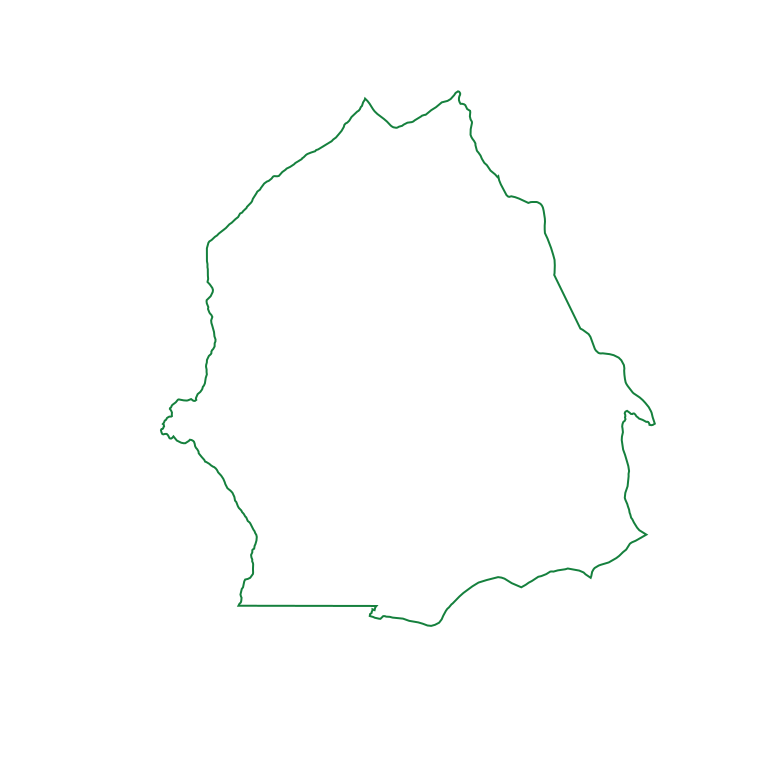 Porto de Moz, Pará, Brazil, rotated 334°
{"feature_id": "56859067B79673758478118", "entity_name": "Porto de Moz", "entity_type": "district", "adm_level": 2, "iso_a3": "BRA", "parent_name": "Brazil", "parent_adm1": "Pará", "projection": "equal_earth", "projection_center": [-52.537, -2.166], "detail": "fine", "context": "isolated", "style": "outline", "palette": "green", "viewbox_px": 768, "rotation_deg": 334, "n_neighbors": 0, "source": "geoboundaries", "source_scale": "gbopen_adm2", "svg_char_len": 6166}
<svg xmlns="http://www.w3.org/2000/svg" viewBox="0 0 768 768"><g transform="rotate(334 384 384)"><path d="M270.1,214.9L271.1,218.1L271.8,222.4L271.5,224.5L270.4,226.2L266.7,229.1L261.4,230.9L260.8,231.8L260.1,233.8L259.8,237.9L258.7,239.4L258.4,243.1L258.5,244.3L259.1,246.2L259.1,248.5L256.5,251.1L255.6,253.6L255.3,255.8L254.0,262.8L252.5,266.8L252.1,270.1L251.1,271.9L249.7,273.1L248.2,276.0L245.8,277.7L244.2,278.3L243.0,279.3L242.4,280.6L241.4,281.3L238.9,282.0L235.4,284.8L234.2,287.0L232.5,288.9L231.6,290.5L230.9,293.2L229.8,295.4L229.0,297.7L226.5,300.3L223.3,304.9L221.4,306.5L220.0,307.1L218.5,308.8L217.8,309.3L215.4,310.6L212.1,311.4L208.7,314.3L208.3,316.0L206.6,316.3L205.3,315.5L204.0,313.0L200.4,312.7L199.4,312.4L196.8,310.9L192.8,307.9L191.8,307.8L188.8,309.2L184.7,310.0L183.8,310.4L182.2,311.8L181.3,311.8L180.6,312.5L181.0,314.5L180.9,316.7L180.0,318.2L179.3,319.9L178.4,320.0L176.7,319.2L174.8,319.3L173.9,319.5L172.5,320.6L170.9,320.8L169.1,322.4L167.7,323.0L168.2,324.0L167.7,325.8L166.7,326.2L166.0,327.1L165.1,327.3L164.3,327.0L163.3,327.7L162.8,329.9L162.8,331.7L163.5,332.5L165.4,332.9L166.8,333.6L167.4,335.4L167.5,338.8L168.6,339.7L170.1,339.6L171.8,338.8L173.0,344.0L176.0,347.9L178.1,349.5L179.5,350.1L183.7,349.6L185.1,349.0L186.5,350.0L187.6,351.6L187.9,352.7L187.6,354.9L187.0,357.0L187.0,358.8L187.5,360.7L187.7,363.3L187.1,365.1L188.2,369.9L189.2,373.4L189.2,375.4L190.0,376.1L192.0,379.2L192.9,381.4L194.2,383.5L194.9,384.2L195.8,386.2L196.2,388.3L196.2,390.7L197.5,395.0L198.0,398.8L197.8,402.5L197.5,404.5L197.6,409.1L199.3,412.7L200.1,415.3L200.0,419.9L199.0,423.5L199.5,425.4L199.1,429.7L199.2,431.7L200.3,435.1L200.3,436.9L201.0,439.2L201.2,442.4L201.7,443.4L201.5,447.4L202.5,449.5L202.7,450.7L202.8,457.7L203.1,459.6L202.9,461.6L203.1,463.6L202.6,465.7L200.8,468.7L198.2,471.6L196.8,472.7L195.1,475.1L194.1,475.1L192.8,475.6L191.8,477.6L189.6,479.4L188.8,481.8L188.7,483.9L187.8,485.6L187.7,487.6L187.3,488.8L185.1,492.9L183.7,496.1L182.9,497.3L178.8,499.5L176.2,499.5L173.5,498.9L171.9,500.1L168.2,504.9L166.3,505.9L162.7,510.3L162.3,512.3L162.3,513.6L160.6,516.4L159.5,517.6L157.7,518.2L156.0,519.5L279.9,580.2L278.2,581.0L276.4,583.1L274.9,581.4L274.4,582.5L273.4,583.1L272.4,584.4L270.6,584.7L269.5,586.3L272.1,588.6L273.2,590.0L276.7,592.8L277.9,593.5L281.5,592.3L283.0,593.0L283.9,594.0L287.1,595.8L289.3,597.7L298.2,603.2L302.8,607.9L310.3,613.3L313.7,616.4L317.2,620.1L320.4,622.1L324.3,622.8L328.9,622.7L332.7,620.8L335.6,618.3L340.2,615.0L342.4,613.8L344.4,613.3L348.1,611.6L349.3,611.4L358.8,608.0L363.8,606.6L374.7,604.6L381.9,603.9L390.3,605.2L401.9,607.6L404.7,609.5L407.0,611.8L411.5,619.0L418.3,626.9L423.4,626.6L427.0,626.0L430.5,625.9L438.2,624.9L441.1,625.6L446.5,626.0L451.2,625.5L452.6,626.0L454.1,626.9L458.5,627.7L465.8,630.0L468.3,630.4L477.7,637.3L480.8,640.9L481.7,643.4L484.8,648.8L486.1,647.5L488.7,644.1L491.1,642.4L492.7,641.7L497.4,641.3L499.4,641.5L507.8,642.9L516.5,642.3L520.0,641.6L525.1,639.9L529.1,639.0L534.9,635.4L535.7,635.2L537.6,635.0L541.4,635.2L553.8,634.4L549.4,627.4L548.5,624.0L547.9,618.0L547.9,614.4L547.5,612.5L548.2,609.1L548.3,607.4L549.2,604.4L549.6,600.8L550.0,598.7L550.2,593.9L550.5,591.9L553.2,587.6L558.1,582.7L563.4,574.2L564.4,572.0L566.1,569.7L567.6,564.9L568.4,560.4L569.6,553.3L570.2,547.7L573.1,538.6L574.8,535.6L577.6,532.1L578.9,528.5L579.4,526.7L580.7,524.7L581.9,523.5L582.7,522.9L584.1,522.7L585.6,521.5L586.0,519.5L586.8,518.8L587.4,517.2L587.4,516.1L588.1,515.2L589.0,514.7L590.7,514.7L592.2,517.5L592.8,519.1L594.1,519.9L595.0,519.7L595.9,520.2L596.5,521.7L596.7,523.7L597.5,525.2L598.1,526.9L600.8,529.7L603.1,533.0L604.0,533.3L604.8,534.0L605.1,535.9L604.7,537.1L606.2,538.2L607.6,538.6L610.0,538.4L610.9,531.7L611.9,527.2L612.0,525.6L611.8,520.8L610.6,515.6L609.5,511.9L607.9,508.1L604.3,501.9L603.8,500.6L602.2,492.8L601.9,490.5L601.9,488.5L602.8,485.0L604.2,480.9L605.7,477.3L606.9,475.3L607.9,472.2L607.7,466.7L606.5,463.2L603.1,458.8L599.9,456.1L594.2,452.4L591.7,451.3L590.4,450.1L589.1,446.8L588.9,444.8L590.2,432.2L589.8,428.9L586.3,422.3L584.8,420.3L584.8,360.6L585.9,359.1L589.5,352.3L591.7,347.2L592.7,342.0L593.8,335.0L594.7,325.0L594.8,318.9L596.2,315.5L597.9,312.0L599.9,308.6L601.1,305.8L603.4,298.4L604.1,295.4L604.2,293.8L604.1,292.5L603.6,290.6L601.8,288.1L600.9,287.3L595.9,284.9L593.1,284.5L586.7,276.6L583.7,273.5L580.7,271.1L578.6,270.7L577.7,269.9L576.9,267.9L576.5,255.8L576.8,251.4L577.8,247.4L576.7,247.8L575.8,244.4L573.3,238.9L572.4,232.4L571.1,229.2L570.7,224.5L570.9,221.0L570.3,217.2L569.9,215.9L569.8,214.8L570.9,209.4L571.6,207.9L571.5,205.1L571.0,202.6L570.8,200.5L571.0,198.0L573.6,193.0L577.6,187.8L578.0,186.6L577.8,184.2L578.5,181.1L580.7,177.5L581.1,176.2L579.3,173.3L579.3,169.0L578.6,167.7L577.2,166.5L575.6,165.7L575.5,163.7L575.8,161.7L576.7,159.9L577.9,158.4L579.2,157.4L579.9,156.1L579.7,154.3L578.8,153.4L575.9,153.8L573.8,155.1L568.8,157.1L565.2,157.4L559.4,156.2L552.1,158.0L546.5,158.6L539.4,160.3L538.5,159.9L535.7,159.5L534.5,159.8L527.0,160.5L525.5,160.9L523.8,160.8L519.6,159.4L515.3,159.5L513.5,159.9L510.3,159.3L508.5,159.4L507.3,159.1L505.0,157.4L504.3,156.5L503.4,154.8L501.7,149.4L500.1,145.7L496.4,138.4L495.1,134.8L494.6,132.3L493.9,125.7L493.2,122.3L492.1,119.2L491.3,120.1L488.7,121.7L486.1,124.4L484.6,124.9L482.7,126.5L480.9,127.3L479.4,127.4L471.8,129.8L468.2,132.1L465.5,133.0L463.7,133.0L462.0,133.7L460.5,135.4L456.8,137.9L448.9,141.4L445.5,142.0L443.5,142.8L427.6,144.3L425.6,144.0L424.2,144.6L420.0,144.0L416.0,143.7L414.4,143.9L410.9,145.1L409.6,145.2L408.6,145.8L401.2,146.5L399.5,147.1L394.9,147.7L390.8,147.7L389.6,148.2L385.5,148.9L380.7,150.9L379.1,150.5L376.4,149.0L375.1,149.0L373.0,150.1L369.4,150.9L367.6,150.7L364.2,151.3L359.2,153.9L357.8,154.9L354.7,155.5L353.9,155.9L353.2,156.5L347.3,160.1L345.5,161.9L344.1,162.7L338.5,164.7L337.6,165.5L333.4,166.8L331.7,167.7L329.3,167.7L326.1,170.0L322.7,170.7L317.8,172.3L315.0,172.7L310.3,174.5L301.4,176.4L299.1,177.3L296.6,177.6L292.2,179.0L289.5,179.3L288.1,180.1L284.3,184.4L278.7,196.0L277.9,198.9L276.5,201.7L276.0,203.5L273.2,209.4L272.0,212.5L270.1,214.9Z" fill="none" stroke="#15803d" stroke-width="2"/></g></svg>